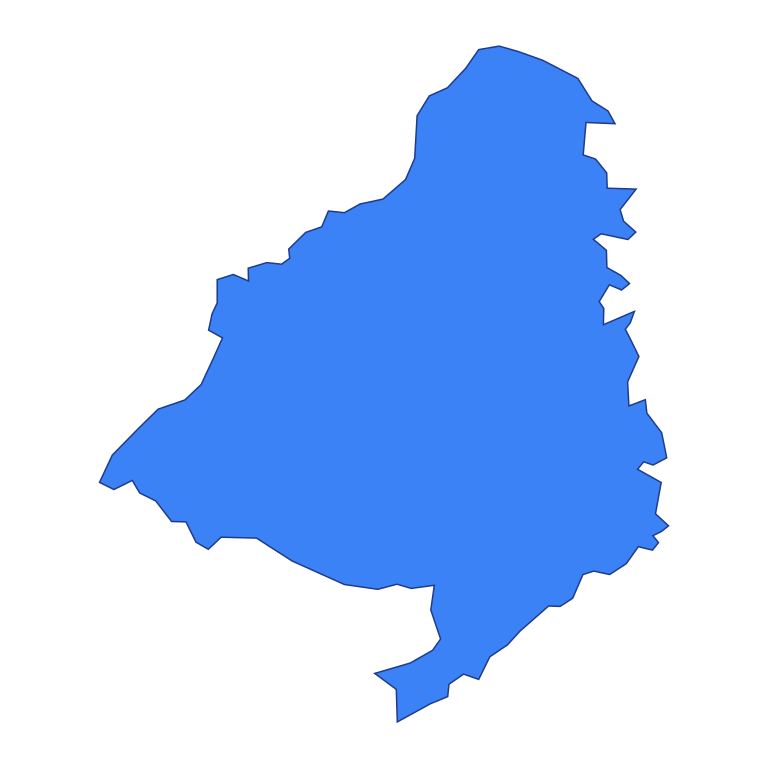 Baysun, Surkhandarya, Uzbekistan (Natural Earth projection)
{"feature_id": "79887680B59449198277137", "entity_name": "Baysun", "entity_type": "district", "adm_level": 2, "iso_a3": "UZB", "parent_name": "Uzbekistan", "parent_adm1": "Surkhandarya", "projection": "natural_earth1", "projection_center": [67.242, 38.144], "detail": "fine", "context": "isolated", "style": "filled", "palette": "blue", "viewbox_px": 768, "rotation_deg": 0, "n_neighbors": 0, "source": "geoboundaries", "source_scale": "gbopen_adm2", "svg_char_len": 1574}
<svg xmlns="http://www.w3.org/2000/svg" viewBox="0 0 768 768"><path d="M447.4,87.8L429.3,95.9L417.1,115.7L414.7,158.4L405.5,179.6L382.9,199.1L360.0,204.0L344.4,212.7L328.4,211.0L321.8,226.8L305.7,232.4L288.7,249.1L289.7,258.3L281.5,264.2L266.8,262.6L248.2,268.2L248.5,281.0L233.3,274.5L217.2,279.6L217.2,302.9L212.1,313.8L208.6,330.2L222.5,337.9L214.1,356.7L201.2,384.5L184.8,400.0L158.2,409.1L138.7,428.2L112.3,455.1L99.5,482.4L113.9,489.5L132.3,480.4L139.7,493.0L155.8,501.0L171.6,521.5L186.0,521.9L196.0,542.2L208.3,549.3L221.1,537.2L256.5,538.1L292.3,561.1L344.4,584.5L377.8,589.3L397.0,584.2L411.3,588.4L434.3,585.3L430.8,610.0L440.6,639.0L432.6,650.3L410.3,663.0L374.7,673.4L396.3,689.4L397.3,721.9L430.3,703.8L447.7,696.6L449.0,684.2L463.6,674.1L478.7,679.4L489.8,656.8L507.4,644.9L520.2,630.9L548.6,606.0L560.1,606.4L572.7,598.2L582.9,574.6L593.6,571.1L609.7,574.5L626.3,563.6L638.3,546.7L652.5,550.1L658.5,542.6L652.9,535.7L661.7,531.3L668.5,525.8L655.5,513.8L661.2,482.5L637.6,469.3L643.6,461.8L653.1,465.0L666.7,457.8L661.7,432.8L646.9,413.2L645.3,399.7L628.9,405.9L627.6,381.9L638.9,356.5L628.9,336.1L625.3,329.3L630.3,322.7L634.4,311.4L603.4,324.7L603.8,308.5L599.2,301.6L609.3,284.8L621.6,290.0L629.5,283.5L621.1,275.6L606.9,267.5L606.4,250.3L593.3,239.3L601.1,233.8L627.9,239.5L635.8,232.1L623.6,221.2L620.1,209.6L636.1,189.1L607.2,188.2L606.7,172.9L595.6,159.1L583.2,154.9L586.0,122.5L615.0,123.7L608.0,111.0L592.0,100.9L577.8,78.4L542.7,60.3L517.8,51.4L499.1,46.1L478.7,49.6L465.8,68.2L447.4,87.8Z" fill="#3b82f6" stroke="#1e3a8a" stroke-width="1.5"/></svg>